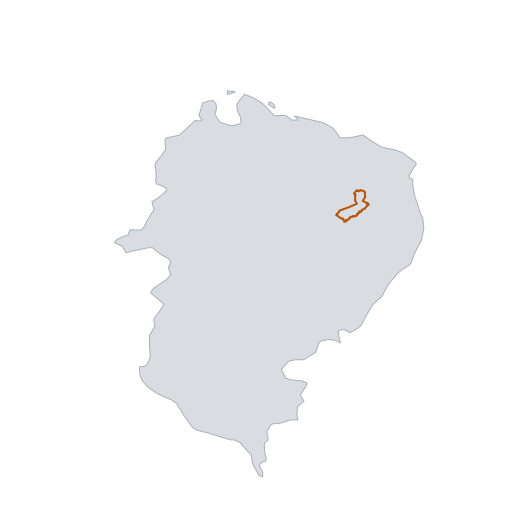 Aek Phnum, Batdâmbâng, Cambodia (highlighted), rotated 129°
{"feature_id": "14789045B18738075075755", "entity_name": "Aek Phnum", "entity_type": "district", "adm_level": 2, "iso_a3": "KHM", "parent_name": "Cambodia", "parent_adm1": "Batdâmbâng", "projection": "mercator", "projection_center": [103.494, 13.247], "detail": "fine", "context": "in_parent", "style": "outline", "palette": "amber", "viewbox_px": 512, "rotation_deg": 129, "n_neighbors": 0, "source": "geoboundaries", "source_scale": "gbopen_adm2", "svg_char_len": 6614}
<svg xmlns="http://www.w3.org/2000/svg" viewBox="0 0 512 512"><g transform="rotate(129 256 256)"><path d="M423.5,111.9L424.6,115.6L421.8,122.6L418.9,129.0L413.4,134.6L413.1,138.7L411.2,151.0L411.9,154.9L413.2,158.2L415.0,160.0L419.8,172.0L424.1,182.9L428.4,191.8L429.2,197.5L425.2,211.8L420.6,224.9L421.0,231.4L423.0,238.0L425.1,246.7L425.9,257.8L424.7,265.1L422.7,269.6L418.7,274.2L415.3,276.6L411.1,272.6L407.8,272.5L403.4,273.7L399.9,275.5L392.8,282.2L384.9,288.8L374.1,290.5L369.8,295.4L365.3,296.1L356.7,296.3L351.1,297.5L351.3,299.9L350.9,311.5L351.0,314.3L350.1,315.0L346.2,315.3L339.6,313.6L330.7,310.7L324.4,310.2L321.1,315.3L319.2,317.3L316.8,317.6L314.2,318.5L313.4,320.7L313.2,323.5L314.4,328.4L314.9,336.0L314.5,341.2L316.9,344.5L330.5,355.6L334.5,358.4L335.0,360.1L332.6,366.1L334.7,374.6L330.4,374.4L323.3,370.8L319.9,368.6L315.8,370.3L314.4,370.0L311.6,365.8L307.9,361.6L304.2,361.3L296.2,363.0L288.1,364.1L285.0,364.1L283.8,364.9L279.1,371.2L277.1,370.1L268.9,367.7L261.4,366.8L259.9,368.4L260.8,373.6L262.5,378.6L261.5,380.8L257.4,383.4L252.0,388.2L248.7,391.9L246.4,392.8L238.1,392.7L229.9,393.2L226.6,396.7L223.5,399.4L220.9,400.1L210.1,391.5L188.8,388.5L186.5,384.6L184.4,383.9L182.5,388.9L170.8,393.6L165.9,390.8L162.3,387.3L162.8,383.0L166.2,379.5L172.0,377.0L174.7,368.2L170.3,357.0L166.4,353.7L162.3,351.1L158.0,355.3L154.4,362.4L150.6,366.1L145.2,366.9L137.4,366.6L134.4,356.0L133.4,346.8L134.5,336.3L135.6,330.1L128.1,321.6L127.7,313.4L124.1,309.2L123.0,311.3L123.1,313.7L122.0,312.0L110.2,288.0L108.2,276.9L110.2,268.3L111.4,265.5L108.0,260.9L103.2,255.8L94.6,249.1L94.0,238.5L92.1,225.9L89.6,221.7L85.7,213.9L83.6,207.5L82.8,190.6L83.9,189.2L90.0,188.7L97.7,187.5L98.9,184.7L97.6,182.5L102.5,178.6L109.7,170.2L115.2,161.4L119.1,155.8L121.5,150.3L129.5,142.5L140.5,137.1L148.0,135.8L155.7,134.0L163.2,131.3L166.8,131.1L176.0,134.3L181.0,135.1L186.3,135.0L191.7,135.4L196.5,135.0L207.9,132.8L219.9,134.6L230.7,133.2L244.0,130.6L250.5,132.2L256.5,134.8L257.3,140.0L258.7,142.3L260.7,144.2L263.3,144.2L266.7,140.6L269.5,136.8L270.5,136.1L270.6,138.0L272.0,142.0L274.5,146.0L277.1,148.6L281.4,152.1L284.2,152.3L293.3,149.0L306.9,153.8L308.5,156.2L312.9,161.1L317.7,164.6L328.3,164.9L332.1,156.2L330.3,151.0L324.2,141.8L322.6,136.4L324.5,135.4L334.8,134.4L336.5,133.3L338.7,127.3L341.5,128.0L347.2,128.8L353.3,124.7L356.8,120.4L358.8,122.4L360.9,125.4L363.2,127.1L367.6,129.7L372.3,133.3L375.3,136.9L377.7,138.3L383.8,137.3L385.4,137.4L389.0,133.1L391.5,130.8L393.6,131.4L396.7,131.4L403.0,125.9L406.7,120.9L408.7,119.5L414.4,122.0L416.7,121.5L420.0,114.6L423.5,111.9ZM130.4,341.9L129.2,342.5L128.1,342.5L127.0,341.5L127.1,337.6L127.9,335.3L129.8,334.8L130.4,341.9ZM148.2,379.7L145.8,382.3L142.0,376.9L142.1,375.4L148.2,379.7Z" fill="#d9dde1" stroke="#a8b0b8" stroke-width="1"/><path d="M144.2,201.1L144.3,201.1L144.7,201.2L144.8,201.2L144.9,201.3L144.7,201.6L144.7,201.8L144.8,201.8L144.8,202.0L144.7,202.1L144.7,202.3L144.8,202.3L145.1,202.5L145.3,202.6L145.2,202.8L145.0,202.7L144.9,202.7L144.8,202.8L144.9,203.0L145.1,203.2L145.3,203.3L145.2,203.4L145.1,203.5L145.1,203.8L146.0,207.6L143.5,208.0L141.3,208.3L139.7,210.0L139.3,210.4L139.0,210.7L138.7,211.0L138.3,211.2L137.8,211.3L137.7,212.0L137.7,212.9L137.8,213.4L137.9,213.7L138.2,214.3L138.4,214.6L138.7,215.1L138.8,215.2L138.9,215.3L139.0,215.4L138.9,215.6L138.9,215.9L138.9,216.2L139.0,216.3L139.3,216.3L139.6,216.3L139.8,216.4L139.8,216.5L140.8,216.7L140.9,216.8L140.9,217.5L141.0,217.6L141.2,217.8L141.3,217.8L141.4,217.6L141.6,217.4L141.9,217.5L141.6,217.5L141.6,217.8L141.4,218.2L141.3,218.3L141.5,218.6L141.4,218.8L141.8,218.9L142.3,219.1L142.8,219.1L143.6,219.1L143.9,219.1L144.7,219.2L145.1,219.3L145.5,219.3L145.7,219.1L145.8,219.0L145.8,218.4L145.8,217.4L145.9,217.2L146.1,217.1L146.1,216.9L147.0,216.8L147.2,216.7L147.5,216.4L148.1,215.8L148.3,215.6L148.5,215.4L148.7,215.2L149.1,214.8L149.3,214.7L149.6,214.6L150.2,214.4L150.6,213.6L150.8,213.1L150.9,212.9L151.0,212.5L151.8,210.8L151.9,210.6L152.0,210.6L152.5,210.9L152.8,211.0L153.1,211.1L153.3,211.2L153.6,211.4L154.2,211.7L155.4,212.3L156.4,212.9L156.9,213.2L157.2,213.2L157.5,213.4L158.1,213.7L158.5,214.0L159.2,214.3L159.9,214.7L168.2,219.7L168.9,219.4L169.0,219.4L169.4,219.2L169.5,219.2L169.6,219.3L170.2,219.4L170.4,219.4L170.7,219.3L170.9,219.4L171.0,219.3L171.2,219.2L171.3,219.2L171.5,219.1L171.8,219.2L171.8,219.3L172.0,219.4L172.2,219.5L172.3,219.4L172.9,219.2L172.9,219.3L173.0,219.4L173.3,219.2L173.7,219.2L173.7,218.9L173.6,218.6L173.6,218.4L173.6,218.2L173.5,217.8L173.5,217.6L173.4,217.0L173.4,216.4L173.4,216.1L173.4,215.9L173.5,215.6L173.5,215.4L173.5,215.2L173.4,215.0L173.3,214.7L173.2,214.3L173.2,214.1L173.0,213.4L172.9,213.2L172.7,212.9L172.8,212.7L172.7,212.7L172.4,212.5L172.3,212.4L172.4,212.1L172.4,211.9L172.5,211.8L172.5,211.5L172.5,211.4L172.4,211.3L172.5,211.1L172.7,210.8L172.7,210.7L172.8,210.6L172.8,210.3L172.9,210.1L173.0,210.1L173.3,209.8L173.5,209.7L173.7,209.4L173.7,208.9L173.6,208.7L173.3,208.4L172.5,207.9L172.2,207.7L171.8,207.7L171.8,207.8L171.9,208.0L171.7,208.0L171.6,208.3L171.3,208.4L171.2,208.5L171.1,208.4L171.1,208.2L170.9,208.2L170.8,207.9L170.5,207.8L170.2,207.6L169.8,207.2L169.7,207.2L169.3,207.2L169.2,207.3L169.1,207.2L168.9,207.1L168.7,207.0L168.4,206.8L168.1,207.0L167.9,207.0L167.7,207.0L167.4,207.3L167.2,207.3L167.2,207.2L166.9,207.1L166.5,207.1L166.4,207.2L166.2,207.1L166.0,206.9L165.9,206.9L165.8,206.5L165.7,206.4L165.6,206.1L165.4,205.9L164.8,205.8L164.7,205.8L164.6,206.0L164.3,206.0L164.2,206.0L164.1,205.9L163.9,205.8L163.9,205.7L163.9,205.2L163.6,205.0L163.7,204.8L163.7,204.7L163.4,204.4L162.9,204.2L162.6,204.2L162.1,204.0L162.0,203.9L162.0,203.6L161.9,203.5L161.9,203.4L161.7,203.4L161.3,203.3L161.1,203.3L160.7,203.2L160.3,203.3L160.2,203.3L160.0,203.6L159.9,203.7L159.8,203.8L159.7,203.7L159.3,203.6L159.1,203.4L158.8,203.1L158.7,203.1L158.4,203.4L158.1,203.6L157.8,203.6L157.6,203.6L157.4,203.3L157.3,203.2L157.0,203.1L156.9,203.1L156.9,202.9L156.7,202.9L156.6,203.0L156.6,202.9L156.4,202.9L156.4,202.7L156.2,202.7L156.2,202.8L155.9,202.6L155.7,202.6L155.4,202.5L155.3,202.4L155.2,202.4L155.1,202.2L154.9,202.1L154.7,202.1L154.6,202.4L154.3,202.5L154.1,202.4L154.0,202.5L153.9,202.5L153.6,202.6L153.4,202.8L153.2,202.7L152.9,202.5L152.8,202.4L152.5,202.2L152.0,201.8L151.9,201.8L151.7,201.8L151.7,201.7L151.4,201.5L151.0,201.4L150.8,201.4L150.5,201.2L150.1,201.3L149.6,201.3L149.0,201.3L148.1,201.2L147.9,201.2L147.7,201.3L147.2,201.2L146.8,201.2L146.2,201.0L146.0,200.9L145.7,200.9L145.3,200.9L144.9,201.0L144.6,201.0L144.2,201.1Z" fill="none" stroke="#b45309" stroke-width="2"/></g></svg>